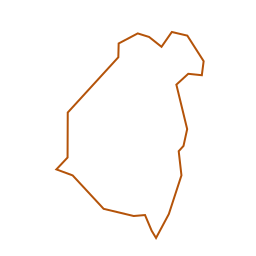 Guit, Unity, South Sudan, rotated 191°
{"feature_id": "79223893B83086090968913", "entity_name": "Guit", "entity_type": "district", "adm_level": 2, "iso_a3": "SSD", "parent_name": "South Sudan", "parent_adm1": "Unity", "projection": "equal_earth", "projection_center": [30.02, 9.198], "detail": "fine", "context": "isolated", "style": "outline", "palette": "amber", "viewbox_px": 256, "rotation_deg": 191, "n_neighbors": 0, "source": "geoboundaries", "source_scale": "gbopen_adm2", "svg_char_len": 466}
<svg xmlns="http://www.w3.org/2000/svg" viewBox="0 0 256 256"><g transform="rotate(191 128 128)"><path d="M153.3,209.2L151.0,195.6L190.1,131.7L181.7,87.5L190.4,73.7L173.3,70.9L136.5,44.0L105.6,42.7L94.7,45.8L85.2,31.7L79.5,25.4L71.5,51.3L66.5,91.7L73.8,114.9L70.1,121.0L69.7,138.2L88.8,179.8L79.2,192.7L65.6,193.9L66.5,208.0L67.7,209.3L87.4,230.0L103.3,230.6L110.6,214.1L124.7,221.4L136.5,222.7L153.3,209.2Z" fill="none" stroke="#b45309" stroke-width="2"/></g></svg>